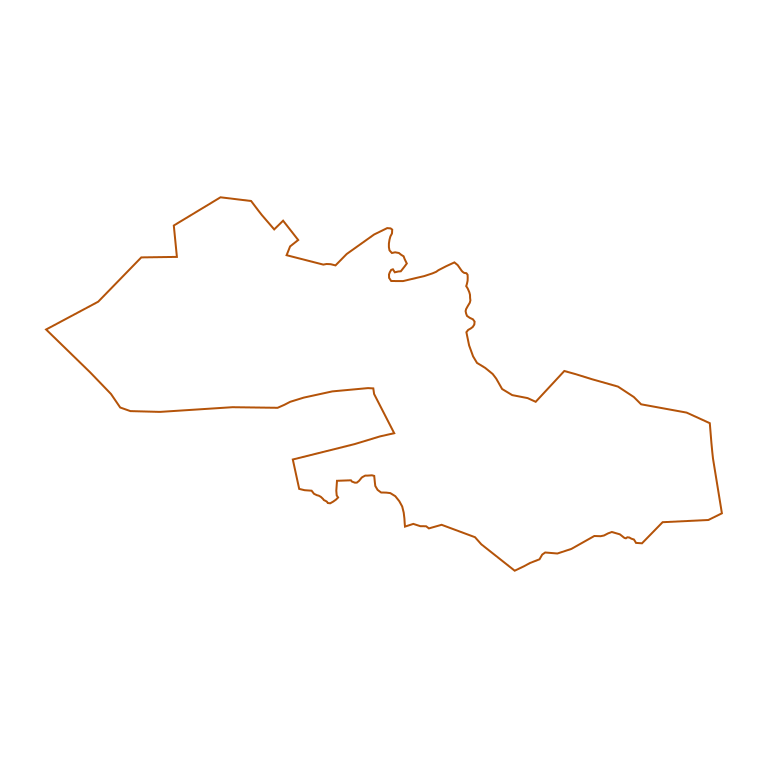 Shinkafi, Zamfara, Nigeria (Robinson projection)
{"feature_id": "59680162B85493721249292", "entity_name": "Shinkafi", "entity_type": "district", "adm_level": 2, "iso_a3": "NGA", "parent_name": "Nigeria", "parent_adm1": "Zamfara", "projection": "robinson", "projection_center": [6.482, 13.036], "detail": "fine", "context": "isolated", "style": "outline", "palette": "amber", "viewbox_px": 768, "rotation_deg": 0, "n_neighbors": 0, "source": "geoboundaries", "source_scale": "gbopen_adm2", "svg_char_len": 2656}
<svg xmlns="http://www.w3.org/2000/svg" viewBox="0 0 768 768"><path d="M338.1,497.5L336.7,495.4L336.3,490.7L337.0,480.8L350.9,480.3L352.0,481.6L355.0,482.7L356.9,482.6L359.1,480.8L361.7,477.6L362.6,477.0L365.2,475.6L367.6,475.6L371.9,475.3L374.2,475.9L374.9,482.7L375.3,486.0L377.6,489.9L381.1,492.5L386.1,492.6L390.3,493.1L395.3,496.2L399.3,501.2L402.2,506.5L403.7,512.6L404.4,518.4L404.7,523.3L405.0,526.6L413.3,523.9L417.0,525.1L420.4,526.2L423.2,526.2L426.2,526.3L428.9,528.4L441.6,524.8L475.0,537.2L481.3,544.3L514.7,570.7L524.1,566.2L530.0,563.0L539.5,559.3L542.2,554.6L545.2,552.5L557.4,553.5L571.4,548.9L594.3,536.0L600.6,536.2L604.0,535.5L608.0,533.4L611.8,532.0L619.8,534.3L621.5,535.6L623.0,536.8L624.4,537.9L625.9,538.3L627.3,537.3L629.3,537.5L631.4,538.7L633.9,539.5L634.9,541.0L636.0,542.9L642.0,543.3L662.6,522.2L708.3,520.0L721.9,513.3L713.0,458.6L712.3,452.2L711.4,442.8L709.8,423.2L686.6,412.6L664.1,408.5L641.1,404.3L633.8,397.0L618.0,386.6L591.9,379.2L575.1,374.0L564.3,371.0L535.7,401.8L527.6,398.1L512.2,395.1L502.1,389.0L496.2,378.6L492.7,374.0L485.2,367.9L477.0,362.9L473.1,356.4L469.1,345.4L467.1,335.7L466.4,332.2L468.2,329.9L470.7,328.5L472.8,326.9L474.3,324.5L474.6,321.6L472.9,319.3L469.7,317.8L467.0,315.9L466.1,313.5L465.6,311.1L466.1,309.1L467.7,306.2L469.8,302.7L470.4,300.3L470.1,298.0L470.0,294.8L469.3,292.2L467.7,288.5L466.2,286.1L466.6,285.0L467.0,283.5L467.6,280.7L467.7,277.8L467.6,274.8L466.4,273.2L464.2,272.9L462.6,271.8L461.6,270.7L460.0,268.4L457.7,265.1L454.4,262.4L446.2,266.2L438.4,270.2L436.2,271.8L432.4,273.4L424.2,276.1L417.3,277.7L402.9,281.1L391.2,281.0L389.1,277.9L389.0,274.5L389.8,272.3L391.2,269.9L392.9,269.3L394.8,272.3L398.3,271.5L400.8,271.3L404.5,266.6L406.8,263.5L404.7,259.2L403.6,256.3L401.3,254.9L398.9,253.0L395.1,252.3L394.2,252.5L391.9,253.0L390.6,251.6L389.8,250.7L389.5,250.3L388.9,247.2L388.9,243.6L389.5,239.7L390.4,236.4L391.6,234.2L392.0,233.3L392.2,229.6L390.6,228.4L387.2,228.1L374.1,234.5L346.7,254.0L335.5,265.4L330.7,264.2L326.6,264.0L323.3,264.6L286.6,255.2L290.1,246.4L298.2,240.0L283.1,220.7L274.2,229.4L261.8,215.0L258.3,210.5L251.1,201.0L220.5,197.3L173.8,225.5L176.9,256.9L141.3,257.4L98.2,301.7L46.1,329.5L90.2,372.4L111.0,394.0L120.2,407.5L130.4,411.1L159.9,411.9L232.4,407.2L277.6,407.8L284.4,404.8L290.2,401.8L303.8,397.6L332.3,391.4L368.0,388.1L373.3,388.4L374.1,394.0L394.2,433.2L380.0,436.4L354.6,444.1L292.8,459.5L299.2,488.9L304.6,490.2L311.6,490.7L314.0,493.8L316.9,495.2L318.8,495.7L320.9,496.9L323.0,498.9L323.9,500.1L325.6,500.9L326.9,501.7L327.8,503.0L330.2,503.3L333.2,501.6L336.0,499.6L338.1,497.5Z" fill="none" stroke="#b45309" stroke-width="2"/></svg>